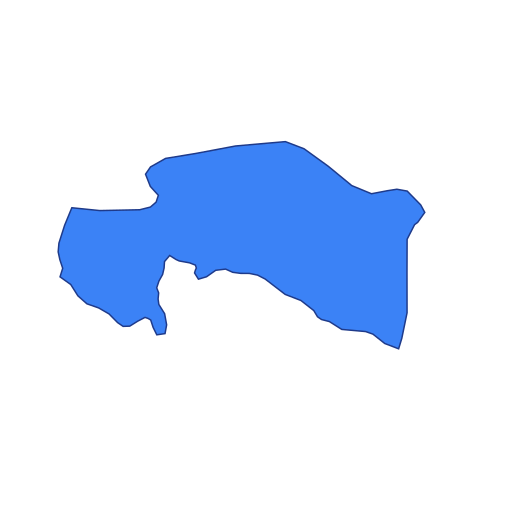 the Province of Karaman, rotated 43°
{"feature_id": "TUR-3012", "entity_name": "Karaman", "entity_type": "Province", "adm_level": 1, "iso_a3": "TUR", "parent_name": "Turkey", "parent_adm1": "", "projection": "orthographic", "projection_center": [33.206, 37.039], "detail": "fine", "context": "isolated", "style": "filled", "palette": "blue", "viewbox_px": 512, "rotation_deg": 43, "n_neighbors": 0, "source": "natural_earth", "source_scale": "10m", "svg_char_len": 1248}
<svg xmlns="http://www.w3.org/2000/svg" viewBox="0 0 512 512"><g transform="rotate(43 256 256)"><path d="M322.3,105.4L341.6,106.3L349.7,109.0L351.3,121.1L350.6,124.9L355.1,140.7L377.5,164.9L393.5,182.0L405.2,194.5L418.8,216.8L423.6,226.6L409.8,232.2L394.8,233.4L387.7,236.5L368.8,251.2L354.4,253.9L347.2,257.8L342.4,258.5L335.5,256.5L319.2,257.9L303.5,264.2L278.4,266.6L270.2,268.9L263.1,273.2L256.7,279.1L250.1,283.8L242.7,286.3L236.3,293.9L234.0,304.9L229.7,312.2L222.6,310.3L221.1,307.2L220.6,305.5L217.9,304.0L212.1,306.3L203.2,312.0L199.9,313.1L192.5,314.5L192.9,322.5L197.0,327.5L200.3,333.2L202.1,340.5L205.1,347.0L210.0,349.4L213.7,354.2L218.0,357.7L228.5,360.5L237.6,367.3L242.4,374.8L237.2,381.3L229.5,378.4L222.6,374.6L219.6,375.3L216.7,376.6L213.9,384.5L211.5,393.4L206.8,398.1L200.2,399.1L188.0,398.6L176.3,401.3L164.9,406.3L152.9,406.6L140.0,403.2L126.9,404.9L123.0,396.8L115.1,392.5L108.5,387.9L103.1,381.0L95.1,364.1L88.4,346.3L110.8,329.3L139.4,301.5L145.4,292.2L146.2,284.7L143.2,278.2L131.3,277.2L119.4,271.5L118.1,262.8L123.3,246.3L142.0,222.1L166.0,189.5L189.3,163.6L199.5,152.3L218.0,144.8L247.6,141.1L278.0,139.2L298.0,131.7L307.6,118.6L313.5,111.1L322.3,105.4Z" fill="#3b82f6" stroke="#1e3a8a" stroke-width="1.5"/></g></svg>